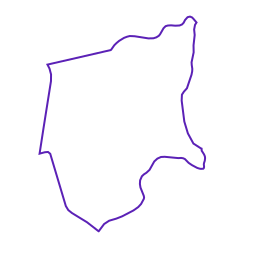 an SVG outline of Machinga, rotated 166°
{"feature_id": "MWI-1904", "entity_name": "Machinga", "entity_type": "District", "adm_level": 1, "iso_a3": "MWI", "parent_name": "Malawi", "parent_adm1": "", "projection": "orthographic", "projection_center": [35.438, -14.901], "detail": "fine", "context": "isolated", "style": "outline", "palette": "violet", "viewbox_px": 256, "rotation_deg": 166, "n_neighbors": 0, "source": "natural_earth", "source_scale": "10m", "svg_char_len": 1371}
<svg xmlns="http://www.w3.org/2000/svg" viewBox="0 0 256 256"><g transform="rotate(166 128 128)"><path d="M181.5,34.9L190.6,46.5L202.9,59.0L205.8,62.8L207.2,67.3L209.7,121.8L211.4,124.1L214.6,124.6L220.0,124.5L210.6,146.9L203.6,163.4L191.4,192.1L189.7,198.6L189.8,204.7L190.8,209.0L190.7,209.0L125.9,207.8L125.2,208.2L124.3,209.0L123.7,209.5L121.3,211.6L118.6,213.2L115.5,214.7L110.1,216.4L106.8,216.8L104.0,216.8L99.3,215.4L86.5,210.0L81.6,208.9L78.6,209.1L75.8,210.0L74.2,211.2L69.4,216.2L66.9,217.7L64.6,217.8L61.4,217.2L57.3,215.8L53.1,215.0L50.5,215.4L48.5,216.7L46.5,219.0L43.4,221.1L40.9,221.1L39.1,219.8L38.1,218.1L36.0,213.8L38.0,211.9L40.0,207.6L40.8,202.1L44.4,192.4L46.0,185.5L50.4,176.4L50.9,173.8L51.3,169.8L52.0,167.5L53.5,164.3L61.2,152.3L65.0,149.7L67.6,147.3L69.3,141.6L71.8,120.6L71.2,108.3L68.3,97.1L62.3,90.7L61.6,90.2L62.0,88.1L61.8,87.6L60.7,84.3L60.4,82.9L60.3,81.5L60.5,80.1L61.4,77.7L62.7,75.6L63.2,74.5L63.6,71.8L64.1,70.8L64.8,70.3L66.6,70.6L67.7,70.9L69.0,71.6L70.6,72.6L74.9,76.5L77.6,79.5L80.3,84.1L81.8,85.3L83.7,86.1L86.4,86.6L99.4,91.2L103.0,91.9L106.9,91.2L110.6,89.2L117.2,82.2L121.0,80.1L123.7,79.2L126.2,77.8L128.9,74.3L130.0,70.8L130.3,67.2L129.1,58.4L129.2,56.7L129.8,55.4L133.7,51.1L137.2,48.8L142.6,46.7L155.1,43.7L161.3,42.9L168.7,42.6L174.4,40.6L181.4,34.9L181.5,34.9Z" fill="none" stroke="#5b21b6" stroke-width="2"/></g></svg>